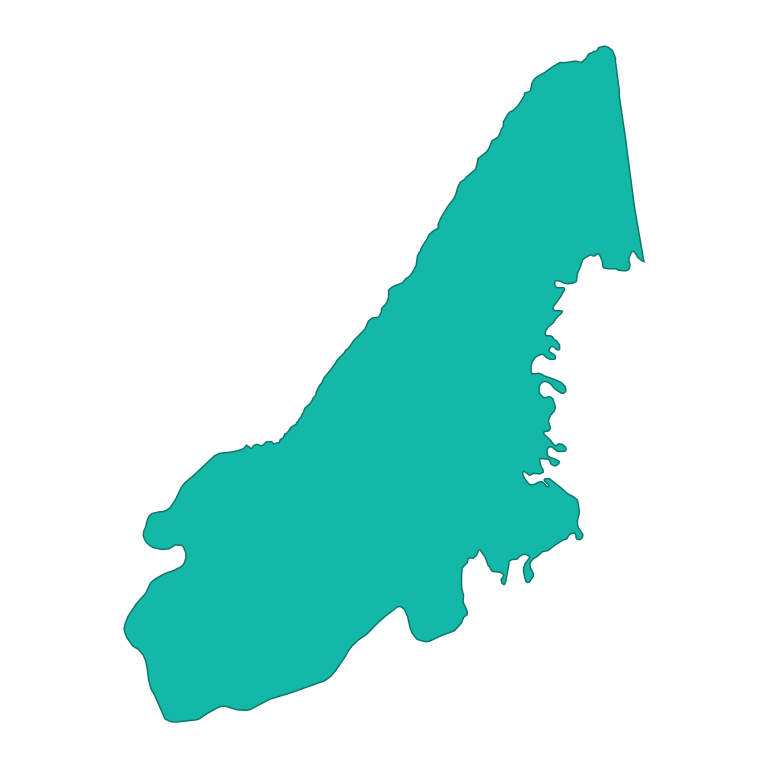 the district of Girardot, Cundinamarca, Colombia
{"feature_id": "7082276B44734955645531", "entity_name": "Girardot", "entity_type": "district", "adm_level": 2, "iso_a3": "COL", "parent_name": "Colombia", "parent_adm1": "Cundinamarca", "projection": "robinson", "projection_center": [-74.792, 4.35], "detail": "fine", "context": "isolated", "style": "filled", "palette": "teal", "viewbox_px": 768, "rotation_deg": 0, "n_neighbors": 0, "source": "geoboundaries", "source_scale": "gbopen_adm2", "svg_char_len": 6086}
<svg xmlns="http://www.w3.org/2000/svg" viewBox="0 0 768 768"><path d="M246.7,445.2L243.6,448.5L240.2,450.0L232.8,451.9L219.6,453.3L214.6,455.7L192.4,476.5L185.0,482.6L181.3,487.4L175.3,500.0L169.6,508.2L166.0,510.5L163.2,511.6L160.0,511.7L152.0,513.5L149.3,516.0L147.5,519.5L145.2,528.3L144.2,530.0L143.4,533.1L143.3,535.9L144.7,539.7L146.5,542.5L150.0,545.6L153.4,547.6L161.4,549.4L164.6,549.2L169.0,548.8L175.3,545.0L181.7,545.2L183.4,547.0L186.0,553.3L185.9,557.4L184.8,561.5L183.5,564.5L180.7,566.9L173.9,570.4L164.8,573.6L157.2,577.8L152.8,580.8L150.6,582.9L145.7,593.3L136.2,603.9L128.2,616.1L125.3,623.2L124.1,628.8L125.2,633.5L127.2,638.1L132.7,645.9L138.5,649.5L143.2,655.0L145.6,660.5L147.0,667.0L148.5,679.2L150.8,688.4L155.0,696.1L165.2,719.2L171.8,721.9L177.5,721.9L195.9,719.9L200.0,718.6L204.9,714.8L219.1,706.9L222.9,706.3L225.9,706.4L237.0,709.8L246.4,710.3L250.4,709.5L269.3,699.4L291.4,692.6L324.7,680.7L330.6,676.5L335.7,670.5L345.2,656.6L348.7,650.3L352.0,646.0L358.3,640.0L366.5,634.5L375.0,625.6L384.2,617.1L397.3,607.0L398.4,606.7L399.9,606.5L401.7,607.2L403.8,608.8L404.7,610.2L407.5,616.2L410.2,628.3L412.2,633.2L416.6,638.9L419.0,640.1L425.5,641.7L429.1,641.4L440.9,635.8L454.5,630.7L461.4,623.0L463.6,617.4L467.0,614.6L467.4,613.4L466.7,609.7L463.1,602.3L463.6,595.4L461.9,589.1L461.5,584.1L461.6,575.2L462.1,568.0L467.1,562.8L468.4,558.4L471.1,557.9L472.8,558.4L475.6,556.3L477.5,553.2L478.6,550.1L479.6,549.7L480.4,550.3L485.1,557.2L488.1,565.3L489.4,566.7L491.5,570.6L492.9,571.5L499.9,572.2L503.3,574.2L503.7,575.1L503.4,576.6L502.8,577.8L501.4,578.7L501.2,580.5L502.1,583.5L503.9,584.5L504.5,584.4L505.7,581.4L508.9,564.2L508.9,562.5L509.6,560.8L511.8,559.6L517.1,559.1L519.8,556.2L522.6,554.6L525.8,554.4L528.4,555.5L529.4,556.6L529.4,557.9L525.0,563.8L523.7,567.7L523.5,571.1L524.7,577.5L525.9,581.2L526.9,582.3L528.1,582.5L529.4,582.1L533.3,576.2L533.6,573.7L530.5,568.0L529.9,564.2L531.0,561.4L533.3,558.8L537.9,555.9L542.3,551.8L547.8,550.6L553.7,546.0L563.0,540.0L566.6,539.1L568.8,535.3L570.3,534.0L572.6,533.1L574.9,533.2L575.8,534.9L576.1,538.1L577.1,539.4L580.0,539.6L581.9,538.2L582.7,536.4L582.8,534.4L578.5,527.9L577.6,525.4L577.4,520.7L579.1,514.1L579.3,510.9L577.5,500.0L572.3,496.1L567.4,493.6L560.7,487.6L549.3,478.6L545.0,478.8L544.2,479.8L544.5,481.0L548.5,484.6L548.8,485.5L548.4,486.8L546.8,486.6L545.9,485.9L544.5,483.8L542.2,481.8L539.2,481.9L533.1,484.9L531.4,484.9L528.9,484.1L524.4,478.2L522.9,474.8L522.7,472.8L523.5,471.2L524.3,471.5L529.5,475.3L533.8,473.3L539.6,474.0L543.3,472.2L543.1,469.9L541.0,466.4L539.6,460.5L540.1,458.4L548.3,459.3L549.9,461.1L550.9,464.0L554.4,466.0L556.8,465.2L558.5,463.9L559.5,462.0L559.0,461.2L553.5,458.5L550.2,457.5L547.8,455.9L546.8,450.6L548.1,447.9L549.0,447.1L550.0,446.7L552.4,447.3L556.8,450.9L559.2,451.6L565.0,451.2L566.2,449.4L565.5,447.1L562.2,444.3L559.2,443.8L558.3,444.1L557.0,445.4L555.4,445.6L553.8,444.8L550.5,440.2L543.7,433.9L544.1,431.7L548.5,431.0L550.0,429.3L550.4,427.5L548.7,422.4L548.6,419.2L551.0,414.7L553.6,411.9L554.8,409.9L555.4,407.0L552.9,398.9L550.1,396.8L543.7,397.7L539.7,393.7L539.2,389.9L539.1,387.4L539.7,385.5L540.7,383.5L543.1,381.6L546.0,381.5L549.1,382.8L551.0,384.3L555.1,389.1L561.4,393.2L563.4,393.4L565.7,391.5L565.8,388.7L565.1,386.5L561.5,382.7L555.3,379.8L544.2,375.8L540.7,373.8L537.7,373.3L535.4,373.8L532.1,373.7L531.1,371.7L531.0,367.8L531.4,364.7L532.1,362.0L535.1,357.4L539.5,355.0L542.3,354.3L543.4,354.5L546.0,357.3L549.9,359.3L554.3,359.3L555.2,358.7L555.6,357.0L554.9,355.5L553.8,354.4L549.2,351.5L549.0,350.3L549.9,347.8L551.9,346.2L553.6,346.8L556.7,349.6L558.5,350.0L559.5,349.2L559.7,348.4L559.5,344.8L556.7,340.9L554.5,339.8L552.3,336.7L550.3,335.8L545.7,335.6L545.1,333.1L546.1,330.0L548.1,327.1L553.1,322.8L555.9,318.7L559.3,315.0L560.8,314.0L562.3,311.7L562.0,310.9L555.0,310.7L553.7,310.0L553.0,308.2L553.1,307.0L560.9,296.3L564.4,289.9L564.5,289.1L564.0,288.0L562.9,287.6L556.9,287.7L555.9,287.0L554.6,284.5L554.6,282.3L555.4,281.1L557.2,280.6L559.5,281.0L564.4,283.2L567.9,283.8L573.2,283.0L576.4,281.4L577.2,274.2L580.8,265.6L582.6,259.9L584.5,258.2L590.2,254.9L591.4,255.0L592.8,255.9L594.6,256.0L596.9,253.9L599.1,254.1L601.6,259.5L602.5,262.2L602.9,266.8L603.7,267.8L608.4,268.8L615.9,268.8L618.5,270.2L621.6,270.6L625.8,270.8L628.4,269.8L629.0,269.0L629.8,266.8L629.9,264.3L629.0,261.0L628.9,258.4L631.1,252.8L632.1,251.6L633.0,251.4L634.5,251.9L637.6,257.1L641.8,260.8L643.9,261.6L634.5,207.2L625.5,138.4L619.4,96.6L619.3,91.1L615.4,60.7L615.6,59.5L614.9,56.5L612.5,50.5L608.5,47.4L604.7,46.1L599.9,47.2L598.5,47.8L597.2,50.6L595.5,51.4L593.6,51.5L591.2,53.3L589.4,53.4L588.4,54.3L586.0,58.6L581.6,62.2L580.9,62.4L577.0,61.3L574.3,61.2L565.6,62.6L560.2,62.5L553.4,66.2L544.5,72.6L537.7,76.3L534.8,78.7L532.6,81.7L531.8,84.0L530.6,90.1L529.5,91.6L524.8,92.9L524.3,94.2L524.3,95.8L518.0,105.8L513.2,110.4L510.2,111.7L507.4,114.7L503.4,121.9L503.3,126.5L501.3,129.2L500.5,132.0L498.1,137.2L492.7,140.3L491.9,141.2L488.7,148.8L486.7,151.7L477.9,158.7L477.6,161.6L475.6,169.3L466.4,177.0L465.1,178.9L460.1,182.5L457.8,187.3L455.6,194.8L453.8,198.7L448.5,205.3L441.3,217.1L438.1,224.4L438.4,228.0L433.1,231.0L428.9,234.8L427.6,238.2L421.6,247.4L420.8,249.4L420.8,251.0L419.2,252.4L417.5,255.8L416.2,265.3L413.1,271.3L409.8,276.1L405.8,278.8L402.1,283.0L392.2,286.9L388.6,290.1L388.6,297.4L387.1,301.9L385.1,304.9L382.4,307.4L381.4,309.6L381.4,312.0L379.4,315.8L378.1,317.2L376.3,317.8L373.2,317.7L370.5,319.3L368.2,321.5L365.3,328.7L353.4,340.9L348.4,348.5L346.0,349.9L344.0,353.1L337.0,360.3L336.2,362.1L330.3,370.3L324.3,377.4L321.6,383.1L319.2,386.0L317.3,389.9L316.1,392.5L316.0,394.9L313.1,398.2L311.8,401.0L309.5,404.1L305.1,407.9L303.4,412.5L301.7,414.8L301.1,417.4L299.2,418.9L298.4,421.1L296.8,422.5L296.1,424.1L290.5,427.6L290.0,429.0L286.7,433.4L284.9,433.7L283.1,438.0L280.3,439.6L279.0,442.9L276.8,443.0L273.8,443.9L271.6,441.6L269.4,441.9L267.0,441.5L263.2,444.9L261.9,445.5L260.4,445.6L257.3,444.3L254.0,445.3L251.7,448.4L250.7,448.2L246.7,445.2Z" fill="#14b8a6" stroke="#0f766e" stroke-width="1.5"/></svg>